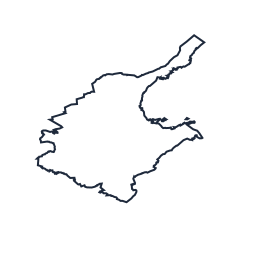 Kota Bandar Lampung, Lampung, Indonesia (Equal Earth projection), rotated 254°
{"feature_id": "22746128B13880384963573", "entity_name": "Kota Bandar Lampung", "entity_type": "district", "adm_level": 2, "iso_a3": "IDN", "parent_name": "Indonesia", "parent_adm1": "Lampung", "projection": "equal_earth", "projection_center": [105.271, -5.429], "detail": "fine", "context": "isolated", "style": "outline", "palette": "slate", "viewbox_px": 256, "rotation_deg": 254, "n_neighbors": 0, "source": "geoboundaries", "source_scale": "gbopen_adm2", "svg_char_len": 5858}
<svg xmlns="http://www.w3.org/2000/svg" viewBox="0 0 256 256"><g transform="rotate(254 128 128)"><path d="M189.3,224.9L198.9,217.1L194.8,208.1L192.0,200.9L190.8,200.0L188.3,199.5L184.3,195.6L183.4,191.7L180.8,186.6L178.8,184.2L178.4,182.8L177.3,181.0L177.3,176.2L176.4,174.2L176.6,173.4L175.5,167.3L175.6,163.0L175.3,162.5L175.3,160.3L174.8,157.0L175.2,156.0L174.7,155.5L174.1,151.9L174.3,150.8L176.8,148.6L179.1,142.7L179.1,141.8L179.5,141.8L180.7,138.3L181.8,137.1L182.5,137.1L183.1,135.5L183.8,129.6L183.7,127.9L185.1,124.5L185.5,122.3L184.9,120.6L185.3,120.3L185.4,118.7L184.4,116.6L184.4,115.8L183.8,115.4L183.8,114.5L183.2,113.9L183.4,111.6L183.1,110.8L181.5,109.2L180.3,105.7L172.2,105.4L172.9,103.3L172.7,102.0L172.1,101.1L172.6,99.3L172.1,96.2L172.5,95.1L169.8,94.1L170.0,93.2L169.8,92.5L169.8,86.6L165.1,85.6L166.2,80.0L165.1,73.0L161.0,72.4L160.9,71.0L159.5,72.0L159.3,58.1L157.1,58.0L157.5,55.2L148.1,64.3L146.8,64.9L146.3,62.0L146.8,58.1L146.6,55.8L144.8,56.2L145.0,58.1L143.8,58.8L143.8,58.4L142.9,58.5L143.1,58.0L143.9,57.5L142.9,55.6L143.8,54.6L144.2,54.6L144.5,55.6L145.2,55.3L145.1,54.5L145.6,53.7L145.7,52.0L148.3,48.3L149.0,45.7L148.8,44.7L148.0,44.6L148.0,44.1L146.6,44.0L146.0,45.0L144.8,45.4L144.6,44.5L144.1,44.3L143.0,42.8L142.2,40.7L141.3,40.3L140.0,40.7L138.1,40.4L137.2,46.9L136.7,47.4L136.7,48.2L135.6,49.2L135.2,50.5L133.9,51.7L133.9,52.2L130.1,52.5L129.2,51.9L127.7,52.0L126.5,50.8L125.6,50.4L125.4,49.9L126.4,47.9L127.1,47.3L127.3,45.9L126.9,45.4L127.3,44.9L126.3,43.3L126.2,41.7L125.6,40.8L125.8,40.4L125.6,38.2L124.5,37.4L124.8,35.9L124.6,34.9L124.8,34.6L124.2,33.9L124.3,33.3L123.6,32.0L123.2,33.4L117.0,31.1L114.8,34.6L114.4,34.1L114.1,34.6L113.5,34.3L112.7,34.8L112.7,35.7L111.7,37.0L110.3,37.9L110.1,38.5L109.1,38.9L109.0,40.3L108.1,40.4L108.4,40.9L108.3,41.3L109.0,41.7L108.2,42.7L108.1,43.7L106.4,43.6L105.9,44.1L105.9,44.9L105.3,45.5L104.2,45.2L104.0,46.2L103.6,46.4L104.1,48.4L104.9,47.4L104.9,48.9L104.3,49.5L103.8,51.4L103.1,51.9L102.7,52.5L102.8,53.0L101.8,53.6L101.9,54.1L100.8,54.9L100.5,56.1L99.0,56.6L95.9,58.7L94.9,62.8L93.4,62.7L93.3,62.2L92.9,62.5L92.6,62.0L92.2,62.2L92.0,61.7L87.7,64.4L87.3,65.0L87.4,66.4L84.7,67.0L84.9,70.4L83.3,70.6L82.2,72.3L80.8,76.7L80.7,79.5L80.8,80.8L81.1,81.0L81.1,82.5L81.7,82.7L81.7,84.5L82.2,85.1L81.8,87.4L78.4,85.2L75.0,87.6L75.1,85.9L74.6,85.8L74.8,83.7L74.1,82.8L73.5,83.6L73.9,84.7L72.7,86.3L72.0,86.5L71.2,89.1L70.1,90.0L69.1,88.9L68.3,92.6L67.8,93.2L67.3,93.2L67.0,94.3L65.5,95.9L64.5,97.7L63.3,98.2L62.7,97.8L61.4,99.7L60.0,100.7L59.5,102.6L57.1,106.1L57.3,106.7L59.4,111.9L61.0,114.2L61.7,116.1L63.9,118.2L65.1,118.8L65.9,118.7L66.5,117.9L66.7,115.9L67.6,115.7L68.2,115.1L70.6,115.5L71.7,116.0L71.9,115.6L72.7,115.6L72.8,117.3L72.2,117.5L72.3,118.3L72.6,118.5L72.4,119.2L73.2,119.6L77.7,119.1L79.5,120.4L79.2,120.5L79.1,121.3L79.5,121.5L80.3,124.9L80.3,127.2L80.6,128.8L80.4,128.8L80.8,131.6L80.5,133.5L79.7,134.4L80.3,137.5L80.6,141.8L81.5,143.4L81.8,143.5L81.9,142.9L83.5,142.4L83.6,142.0L84.6,142.4L84.8,143.0L84.7,143.5L85.9,145.5L87.0,145.7L87.2,146.4L86.8,147.3L88.1,148.2L89.7,147.5L90.7,149.8L92.3,152.0L93.2,154.4L92.9,156.1L94.6,158.5L94.8,162.2L94.5,163.9L95.7,165.1L96.6,166.8L97.7,169.7L97.5,170.1L97.6,170.8L101.0,178.0L101.5,182.0L99.6,184.2L99.2,185.7L98.7,186.4L100.2,186.8L100.2,187.7L99.3,187.7L99.5,188.8L99.9,189.3L100.6,189.1L101.6,190.5L101.9,190.3L102.3,190.7L102.3,191.6L102.0,192.0L101.6,191.6L100.3,192.0L98.3,194.0L97.8,196.2L98.0,196.8L103.1,195.2L106.3,193.8L108.8,190.3L114.8,185.7L115.4,190.7L114.7,193.3L115.3,193.8L116.2,193.4L116.2,191.6L117.1,189.4L116.5,187.4L116.7,185.2L117.0,183.7L117.5,183.6L117.2,182.6L116.9,182.8L116.7,182.3L115.9,179.1L116.8,179.1L116.6,177.6L115.7,174.8L115.7,173.4L116.2,172.3L114.8,172.6L114.7,169.9L114.9,169.4L116.7,169.3L116.7,167.7L117.5,164.3L117.9,163.9L118.2,161.8L119.7,160.8L120.6,160.6L123.5,159.0L124.4,157.9L124.4,157.0L124.9,156.0L127.8,161.6L127.8,162.1L128.2,160.5L128.3,156.2L129.7,154.4L129.4,153.6L128.9,153.4L128.3,154.0L126.9,153.2L126.8,154.0L126.1,154.2L126.0,153.8L126.3,153.7L125.9,153.1L126.4,152.1L127.2,152.4L127.3,152.8L127.6,152.6L128.0,153.5L128.4,153.6L130.0,151.8L129.6,151.5L129.6,151.0L130.2,151.4L130.3,150.3L130.0,149.6L131.0,148.6L132.3,148.5L135.4,147.1L139.0,147.7L140.6,147.2L141.4,146.2L141.6,146.6L142.9,146.4L143.0,146.9L142.5,147.0L143.1,147.2L143.4,146.9L143.3,145.6L145.2,145.0L146.0,145.2L145.9,145.9L146.7,146.6L147.9,146.6L150.5,148.2L150.3,148.6L150.6,149.1L152.8,149.6L154.3,150.6L155.3,150.7L157.3,152.2L157.2,152.9L158.0,153.4L158.1,154.4L159.0,155.7L160.9,157.1L161.8,158.2L162.6,159.8L162.4,160.7L165.8,168.1L168.7,170.3L167.7,172.7L167.8,173.1L166.6,172.3L165.2,175.1L165.4,175.4L166.3,173.5L166.8,174.0L166.5,176.2L165.0,177.3L165.0,178.0L165.5,178.7L164.9,180.1L165.9,180.9L166.3,180.0L166.9,180.5L167.5,180.0L167.4,180.6L168.1,181.4L167.8,182.1L168.6,182.7L168.4,182.9L168.6,183.2L169.3,182.8L168.9,183.4L169.4,184.0L168.7,184.7L169.2,185.3L169.6,185.2L169.5,185.8L170.7,184.9L170.6,185.7L171.4,188.0L171.9,187.7L172.0,188.0L171.5,188.8L172.2,188.4L171.9,189.1L171.4,189.4L172.3,189.2L172.1,189.5L172.3,189.5L170.7,190.1L170.7,191.0L171.6,191.0L171.6,192.2L172.5,192.3L172.3,195.3L172.1,195.7L171.2,196.0L171.9,198.2L171.3,199.4L172.6,203.9L172.5,204.4L173.5,205.4L173.3,205.8L175.2,206.9L175.8,206.1L176.1,206.6L176.5,206.1L176.7,206.5L177.3,207.8L178.6,207.5L178.7,207.1L179.9,207.7L180.5,209.4L181.7,210.7L182.1,212.0L183.5,212.8L184.8,215.0L185.3,214.8L185.7,215.1L186.1,216.0L185.5,216.8L187.6,220.7L189.3,224.9ZM125.9,162.4L125.2,162.5L124.8,163.5L125.0,163.7L125.1,165.1L125.5,165.4L125.5,166.1L125.4,166.3L125.8,166.4L125.8,167.1L127.0,166.1L126.9,165.5L127.4,165.4L126.7,163.9L126.7,163.2L126.1,163.1L125.9,162.4ZM121.4,187.4L120.5,186.0L120.0,187.4L120.3,188.6L121.4,187.4Z" fill="none" stroke="#1e293b" stroke-width="2"/></g></svg>